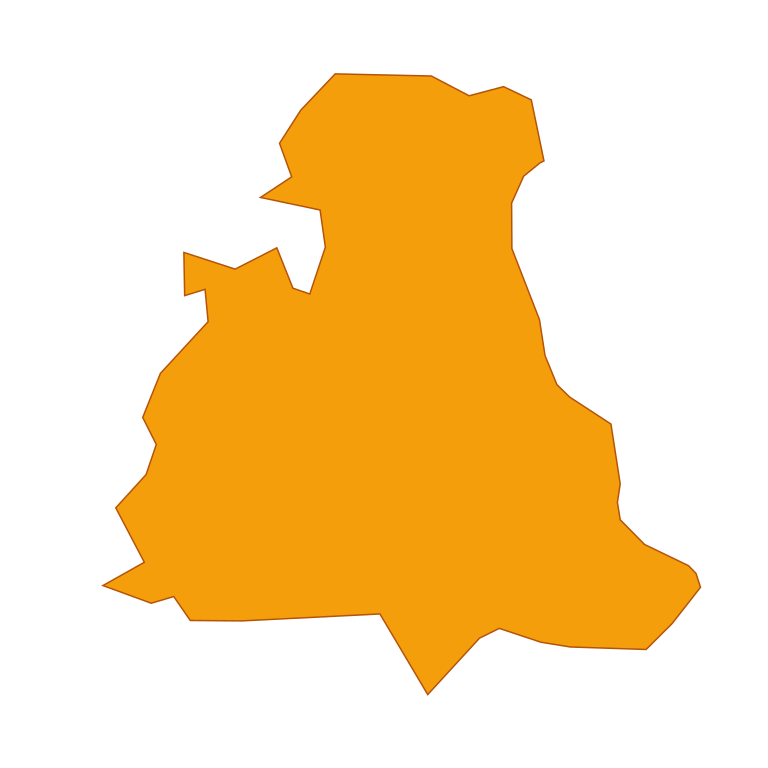 King George, Virginia, United States of America (Albers equal-area conic projection), rotated 85°
{"feature_id": "52423323B49915090646837", "entity_name": "King George", "entity_type": "district", "adm_level": 2, "iso_a3": "USA", "parent_name": "United States of America", "parent_adm1": "Virginia", "projection": "albers", "projection_center": [-77.168, 38.271], "detail": "fine", "context": "isolated", "style": "filled", "palette": "amber", "viewbox_px": 768, "rotation_deg": 85, "n_neighbors": 0, "source": "geoboundaries", "source_scale": "gbopen_adm2", "svg_char_len": 836}
<svg xmlns="http://www.w3.org/2000/svg" viewBox="0 0 768 768"><g transform="rotate(85 384 384)"><path d="M484.0,662.0L540.7,638.3L560.3,681.6L582.1,635.0L577.4,612.0L602.7,597.6L607.6,546.4L612.7,408.1L697.2,367.5L645.5,311.0L637.5,290.5L655.0,250.0L662.2,221.4L671.3,146.0L647.8,117.9L614.1,86.4L599.9,89.7L591.6,96.4L566.6,138.4L539.9,160.5L522.2,161.8L504.1,157.4L443.7,161.4L413.2,200.2L399.7,211.8L369.7,221.1L333.5,223.5L260.3,244.8L214.9,241.1L189.1,226.7L177.3,209.3L175.7,205.2L113.8,212.5L98.2,239.0L104.3,274.1L81.3,310.0L70.8,405.6L104.0,443.1L135.1,467.1L169.6,457.9L187.4,490.8L205.1,432.5L242.6,430.5L287.9,450.1L280.6,466.4L239.0,478.9L256.6,522.3L235.5,571.9L278.6,574.9L274.1,554.0L306.6,553.8L353.9,605.8L396.3,627.3L424.4,616.1L453.5,628.9L484.0,662.0Z" fill="#f59e0b" stroke="#b45309" stroke-width="1.5"/></g></svg>